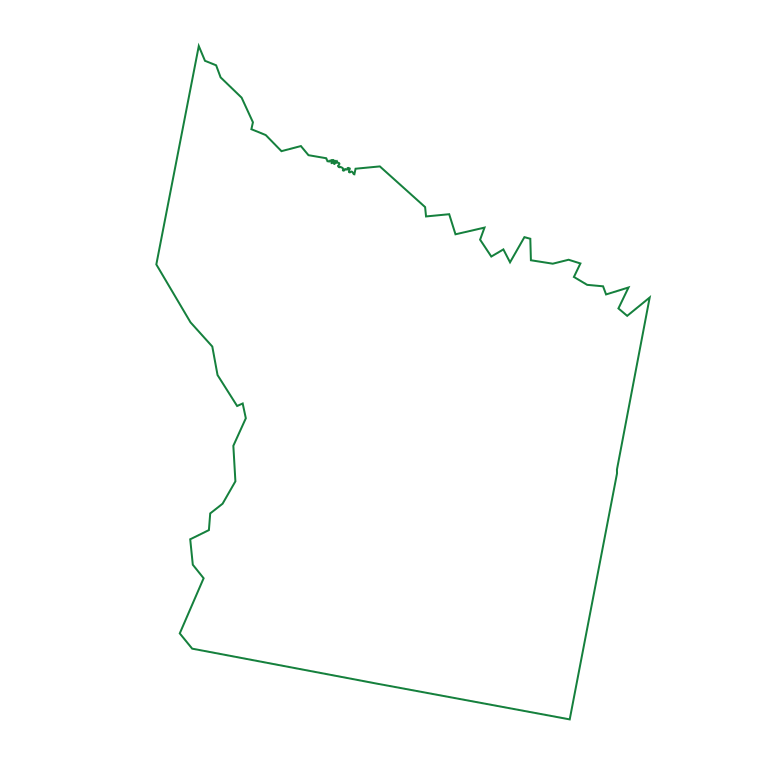 Smith, Texas, United States of America, rotated 11°
{"feature_id": "52423323B77803099717971", "entity_name": "Smith", "entity_type": "district", "adm_level": 2, "iso_a3": "USA", "parent_name": "United States of America", "parent_adm1": "Texas", "projection": "equal_earth", "projection_center": [-95.37, 32.411], "detail": "fine", "context": "isolated", "style": "outline", "palette": "green", "viewbox_px": 768, "rotation_deg": 11, "n_neighbors": 0, "source": "geoboundaries", "source_scale": "gbopen_adm2", "svg_char_len": 2480}
<svg xmlns="http://www.w3.org/2000/svg" viewBox="0 0 768 768"><g transform="rotate(11 384 384)"><path d="M628.3,248.4L609.7,270.7L599.7,265.1L605.6,242.6L584.9,253.7L580.4,246.3L564.5,247.9L550.0,242.7L553.8,228.2L541.5,226.8L526.7,233.7L504.6,234.5L499.9,213.5L493.8,213.1L484.5,240.5L475.5,229.1L465.0,238.4L450.8,224.0L452.8,211.3L425.6,223.4L415.6,204.9L393.3,211.5L390.6,202.5L338.4,171.2L315.0,178.1L314.9,183.8L314.7,183.8L314.4,183.8L314.0,183.5L312.9,182.2L312.7,182.1L312.3,181.8L312.2,181.8L311.7,181.7L311.2,181.8L310.5,182.5L310.2,182.7L309.7,182.8L309.3,182.7L309.1,182.4L309.1,182.1L309.1,181.1L308.8,180.1L309.3,179.7L309.4,179.4L309.3,179.0L309.1,178.9L308.5,178.9L307.9,178.7L307.6,178.7L307.1,179.0L307.0,179.5L307.1,179.8L307.0,180.2L307.0,180.4L306.7,180.6L306.4,180.6L305.5,180.5L305.1,180.4L304.8,180.5L304.6,180.7L304.6,181.0L304.5,181.4L304.5,181.6L304.0,182.0L303.8,182.2L303.4,182.3L303.1,182.2L302.9,182.1L302.8,181.9L302.9,181.4L303.0,181.1L302.9,180.7L302.5,180.3L302.2,179.9L301.7,179.7L300.6,179.4L299.7,179.2L299.4,179.3L299.3,179.6L299.1,179.7L298.9,179.7L298.4,179.7L298.1,179.6L297.9,179.4L297.3,178.8L297.3,178.5L297.7,178.1L297.8,177.7L298.1,177.2L298.1,176.9L298.2,176.4L298.1,176.1L297.9,175.9L297.6,175.7L297.1,175.7L296.2,175.6L295.8,175.3L295.6,174.6L295.2,174.2L294.9,174.6L294.7,174.7L294.4,174.6L294.5,175.2L294.5,176.1L294.3,176.1L293.9,175.8L293.8,175.5L293.8,175.3L293.5,174.8L293.3,174.3L293.0,174.3L292.9,174.4L293.1,175.1L293.1,175.6L293.2,176.3L293.6,176.9L293.6,177.1L293.4,177.4L292.9,177.3L292.5,177.1L292.2,176.9L292.0,176.5L291.6,176.5L291.3,176.6L290.6,177.0L290.4,177.1L290.2,176.7L290.1,176.4L290.2,176.1L290.3,175.7L290.7,175.3L291.1,175.3L291.4,175.1L291.6,174.7L291.7,174.1L291.6,173.9L291.4,173.8L291.2,173.8L290.3,174.2L289.8,174.2L289.6,174.3L289.3,174.7L288.7,175.1L288.4,175.1L288.3,175.3L288.1,175.7L288.0,175.9L287.7,176.1L286.6,176.0L286.3,176.1L286.1,176.1L286.1,175.6L286.0,175.4L285.6,175.2L285.1,174.9L284.8,174.5L284.5,173.7L284.4,173.6L284.2,173.4L266.2,173.8L257.0,166.3L238.9,175.0L220.4,162.2L205.2,159.2L205.4,152.1L189.6,130.1L165.1,114.2L158.4,103.2L146.6,100.9L137.7,87.6L137.7,310.1L182.3,360.4L208.3,380.0L218.9,407.0L244.0,433.6L249.0,430.1L254.9,444.0L247.9,473.4L256.7,507.9L248.4,532.3L238.1,544.2L240.0,560.8L223.4,573.4L230.8,597.9L244.0,609.1L231.1,667.8L246.2,680.4L433.8,679.5L630.3,677.8L629.8,427.3L629.0,423.6L628.3,248.4Z" fill="none" stroke="#15803d" stroke-width="2"/></g></svg>